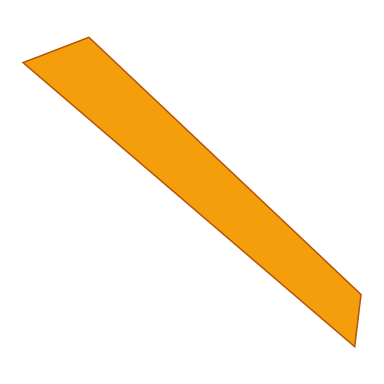 Uaboe, Mercator projection
{"feature_id": "NRU-4975", "entity_name": "Uaboe", "entity_type": "state/province", "adm_level": 1, "iso_a3": "NRU", "parent_name": "Nauru", "parent_adm1": "", "projection": "mercator", "projection_center": [166.924, -0.509], "detail": "fine", "context": "isolated", "style": "filled", "palette": "amber", "viewbox_px": 384, "rotation_deg": 0, "n_neighbors": 0, "source": "natural_earth", "source_scale": "10m", "svg_char_len": 186}
<svg xmlns="http://www.w3.org/2000/svg" viewBox="0 0 384 384"><path d="M23.0,62.6L88.9,37.3L361.0,294.5L354.7,346.7L23.0,62.6Z" fill="#f59e0b" stroke="#b45309" stroke-width="1.5"/></svg>